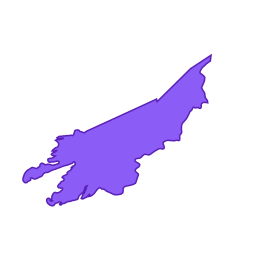 Carutapera, Maranhão, Brazil (Robinson projection), rotated 222°
{"feature_id": "56859067B5392779567911", "entity_name": "Carutapera", "entity_type": "district", "adm_level": 2, "iso_a3": "BRA", "parent_name": "Brazil", "parent_adm1": "Maranhão", "projection": "robinson", "projection_center": [-45.994, -1.395], "detail": "fine", "context": "isolated", "style": "filled", "palette": "violet", "viewbox_px": 256, "rotation_deg": 222, "n_neighbors": 0, "source": "geoboundaries", "source_scale": "gbopen_adm2", "svg_char_len": 4627}
<svg xmlns="http://www.w3.org/2000/svg" viewBox="0 0 256 256"><g transform="rotate(222 128 128)"><path d="M85.6,200.1L87.5,201.6L89.8,202.0L90.7,202.3L92.2,203.3L94.1,205.0L95.4,205.6L98.0,206.2L100.3,207.2L102.6,213.9L103.0,214.6L104.8,217.0L105.7,217.3L108.0,217.4L110.8,217.1L111.6,217.3L112.4,218.5L112.9,220.4L113.2,222.7L112.7,227.1L112.8,228.0L112.4,229.2L112.2,230.9L111.6,232.8L115.0,237.7L121.2,214.0L124.0,167.0L126.2,168.6L126.7,167.2L137.9,141.2L153.0,106.3L156.7,97.8L157.2,95.2L160.1,94.0L160.9,93.4L163.0,93.4L164.1,93.0L165.6,91.1L165.6,90.1L164.0,86.8L164.1,85.3L165.6,84.5L166.7,82.9L168.4,81.4L169.7,79.8L170.7,78.9L171.9,77.3L173.5,75.8L174.3,73.1L173.5,72.9L171.8,74.3L170.0,76.7L168.6,77.3L170.0,75.5L170.9,73.9L173.0,71.9L173.7,70.3L172.7,70.4L170.9,70.5L169.8,70.3L168.7,69.6L168.0,68.6L167.6,67.3L167.7,66.2L168.5,65.1L168.9,63.6L169.1,62.2L169.2,61.3L169.1,60.1L168.1,60.8L167.2,61.7L166.8,62.7L165.9,63.5L165.9,62.1L166.3,60.9L167.0,59.7L167.5,58.1L167.2,57.0L165.7,57.0L164.4,57.8L163.4,58.6L163.5,57.5L163.7,56.2L164.2,54.9L165.0,53.9L165.9,53.0L166.4,52.0L166.7,51.2L165.6,50.1L164.5,49.7L163.7,49.9L163.0,50.5L162.2,51.5L161.5,52.1L160.6,53.0L159.5,54.5L158.5,56.0L156.8,56.9L155.6,55.2L156.2,54.4L156.8,53.3L157.4,52.2L158.3,51.0L158.8,50.1L159.7,49.6L160.7,49.0L161.6,48.8L162.5,48.1L163.4,47.4L164.2,46.3L164.9,45.2L165.9,45.1L167.1,44.8L168.1,44.5L168.7,43.9L168.9,42.5L168.5,41.2L167.7,40.3L168.3,39.1L168.7,37.0L169.3,36.4L170.3,35.9L171.4,35.4L172.8,34.6L173.3,33.4L173.5,32.1L173.9,31.0L174.3,30.0L174.5,28.6L174.5,27.6L174.5,26.6L174.3,25.6L174.2,24.6L173.8,23.7L173.3,22.4L172.8,21.1L172.0,20.0L171.4,19.1L170.5,18.6L169.5,18.4L168.6,18.3L167.8,18.5L166.7,19.7L166.5,21.5L166.0,22.7L165.5,24.1L166.1,24.9L166.8,25.5L166.2,26.6L164.9,26.8L163.5,27.4L162.6,28.3L162.1,29.3L161.7,30.2L161.3,31.1L161.0,32.2L160.3,33.3L159.9,34.4L159.9,35.7L160.2,36.8L160.1,37.9L159.8,39.2L159.0,40.3L157.9,41.3L157.4,42.7L156.9,43.9L156.6,44.9L156.1,45.8L155.6,46.9L155.0,47.9L154.2,49.2L153.4,50.8L152.0,53.5L150.3,56.9L148.9,58.9L148.0,60.2L147.6,61.1L147.2,62.0L146.7,62.8L146.2,63.9L145.7,65.0L146.0,66.2L145.2,66.9L143.9,66.8L143.4,66.0L142.7,64.8L142.9,63.5L143.7,62.3L143.6,60.7L142.8,61.4L142.5,59.4L142.5,57.9L142.8,57.0L143.3,55.6L143.4,54.1L142.3,53.3L142.6,52.0L143.2,50.8L143.7,49.5L144.2,48.2L143.8,47.1L142.6,47.3L141.4,47.3L140.7,46.4L140.7,45.4L141.5,44.0L141.8,42.4L141.3,41.5L141.7,40.1L141.5,38.3L140.9,37.4L139.6,37.1L138.9,37.6L137.8,38.3L136.8,39.3L135.9,39.1L135.5,38.0L135.8,36.4L135.7,35.2L136.1,34.3L136.8,32.9L137.8,32.0L138.8,31.6L139.6,30.6L139.6,29.4L139.5,28.4L139.2,27.2L138.5,25.8L137.8,25.1L137.5,24.2L136.8,23.3L135.4,23.4L135.8,22.6L136.5,22.1L137.4,22.0L138.0,22.4L138.9,23.2L139.9,22.8L140.6,21.8L140.6,20.7L140.1,19.9L139.5,19.3L138.4,18.7L137.1,18.3L136.0,18.3L134.3,18.5L133.2,19.0L132.4,19.3L131.7,20.1L131.3,21.1L131.4,22.2L131.6,23.4L130.9,24.5L130.1,25.6L129.9,26.8L128.9,27.7L127.4,28.0L126.2,27.8L125.0,29.1L124.6,29.9L124.3,30.8L124.0,32.0L123.3,33.2L122.6,33.9L122.0,34.7L121.2,35.9L120.4,37.5L119.4,38.3L119.0,39.4L117.8,41.0L117.9,42.3L118.8,44.1L118.9,45.0L118.9,47.1L118.3,50.1L118.4,51.2L120.0,54.7L120.3,55.7L120.3,56.7L119.7,57.6L119.4,56.5L118.7,55.2L118.1,53.8L117.0,50.2L117.0,47.9L116.5,47.2L116.0,45.8L115.7,44.3L114.6,44.6L113.7,45.8L113.2,47.6L112.6,48.4L112.4,49.6L112.5,51.7L112.0,53.6L111.5,50.6L110.3,52.1L109.7,53.7L109.4,55.6L109.3,56.8L109.7,61.4L109.7,62.7L109.2,64.8L108.0,65.1L106.8,65.0L106.2,65.5L104.8,66.5L101.6,66.7L98.7,67.7L93.5,69.3L91.2,71.3L88.9,74.3L88.5,76.4L89.4,77.9L91.1,79.7L91.5,81.2L90.7,83.4L88.7,85.9L86.3,89.7L85.5,92.0L86.2,93.9L87.3,96.2L88.1,98.1L88.7,99.7L89.5,100.7L92.1,100.7L93.4,100.8L94.6,101.7L94.7,103.4L94.0,106.1L94.2,107.7L94.7,108.6L95.8,108.9L97.6,108.5L100.0,108.1L101.0,108.4L101.7,109.6L101.1,111.1L99.6,112.9L98.7,114.2L98.5,117.2L98.3,119.0L97.4,120.2L95.6,121.2L94.3,122.1L93.6,124.1L92.9,127.8L92.4,129.5L91.8,131.3L91.1,133.3L89.8,134.7L88.3,135.4L87.6,136.6L87.8,137.6L89.2,138.7L91.5,139.8L92.2,141.2L91.6,143.3L90.5,145.2L86.3,148.5L85.1,149.4L83.7,151.5L82.1,152.4L81.5,153.5L82.9,155.3L84.5,156.9L84.8,158.3L84.7,159.8L85.5,161.1L87.7,163.0L89.7,165.5L90.4,166.8L90.8,168.8L90.7,171.2L90.8,173.9L91.6,177.3L92.2,179.6L92.8,181.1L92.9,182.0L92.6,183.2L92.7,184.3L93.3,186.1L93.3,187.1L92.7,187.6L91.8,187.7L91.0,188.3L90.3,189.5L89.2,190.2L88.3,190.3L87.3,191.2L87.6,192.7L88.8,193.8L89.5,194.9L89.6,196.1L89.0,197.6L87.4,198.9L85.6,200.1ZM126.2,27.8L127.4,27.0L128.0,26.4L127.9,25.5L126.9,25.4L126.2,26.2L126.2,27.8Z" fill="#8b5cf6" stroke="#5b21b6" stroke-width="1.5"/></g></svg>